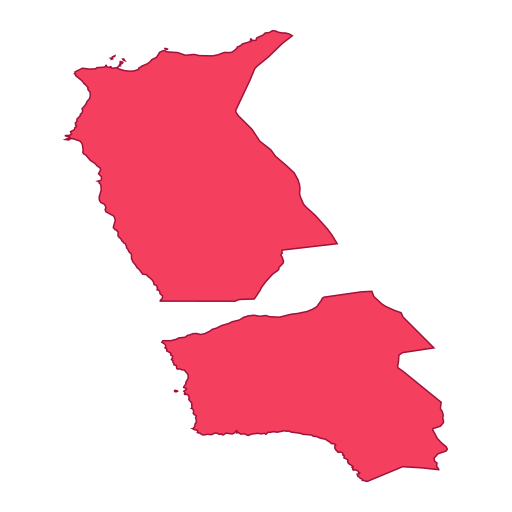 Skagabyggð, Norðurland vestra, Iceland (Natural Earth projection)
{"feature_id": "244011B21592329160761", "entity_name": "Skagabyggð", "entity_type": "district", "adm_level": 2, "iso_a3": "ISL", "parent_name": "Iceland", "parent_adm1": "Norðurland vestra", "projection": "natural_earth1", "projection_center": [-20.226, 65.901], "detail": "fine", "context": "isolated", "style": "filled", "palette": "rose", "viewbox_px": 512, "rotation_deg": 0, "n_neighbors": 0, "source": "geoboundaries", "source_scale": "gbopen_adm2", "svg_char_len": 5955}
<svg xmlns="http://www.w3.org/2000/svg" viewBox="0 0 512 512"><path d="M292.3,35.8L289.7,34.2L285.8,33.0L281.9,32.9L278.2,32.2L275.7,31.0L272.3,30.7L269.5,32.5L265.2,33.0L263.1,35.0L257.7,37.4L256.5,38.1L256.3,39.9L255.5,40.4L252.1,40.4L251.6,39.3L250.8,38.9L250.4,40.1L250.8,41.5L242.4,43.9L240.6,45.7L237.3,47.0L237.2,47.7L235.7,49.5L232.1,52.1L229.4,52.6L224.4,52.4L217.6,54.9L212.4,55.9L199.4,55.6L194.0,54.4L185.6,55.3L177.7,52.6L167.4,51.9L164.6,50.6L162.6,50.9L159.3,52.5L159.3,53.7L158.5,54.2L156.4,57.4L151.8,59.6L149.8,62.1L147.1,63.9L141.3,66.3L141.0,67.2L139.1,67.6L138.6,69.3L134.2,70.9L129.7,71.2L124.4,70.6L119.1,69.0L117.8,68.3L117.9,67.7L117.5,67.5L112.5,68.3L110.5,67.5L111.0,66.8L110.8,66.6L109.4,67.3L107.1,67.0L106.2,65.3L105.8,65.4L105.6,66.4L104.4,67.1L96.9,67.6L95.5,68.8L89.4,69.1L82.5,68.2L75.0,71.9L75.0,73.4L74.5,73.8L75.6,74.3L75.6,75.6L81.2,80.1L83.5,82.5L83.7,83.4L85.5,84.7L88.1,87.8L87.8,88.9L88.0,89.6L90.2,92.5L90.2,96.5L89.3,98.9L87.1,101.4L85.7,104.5L82.0,108.8L82.7,110.8L81.9,112.9L80.3,114.3L80.4,115.5L77.0,119.0L76.8,121.5L75.3,123.1L75.7,123.9L75.5,125.0L76.5,126.0L76.4,126.5L74.7,127.9L74.8,128.5L74.2,129.8L70.5,131.7L71.6,134.1L69.7,135.3L64.8,135.6L67.2,136.5L69.2,136.6L70.1,137.5L65.4,139.5L68.7,140.0L70.5,138.7L73.0,138.7L80.1,141.1L81.5,142.8L82.4,144.7L83.2,150.8L82.7,152.1L83.5,153.8L85.8,155.0L90.3,160.4L94.8,163.3L97.2,166.0L100.1,167.9L100.6,169.9L98.5,173.7L101.4,176.7L101.4,179.5L100.9,180.4L97.7,181.2L99.0,181.7L99.1,182.9L100.6,184.3L101.0,186.4L101.2,190.2L99.2,196.7L99.3,200.1L100.8,202.5L104.1,204.1L105.2,205.5L105.9,207.9L105.1,209.4L105.8,211.7L113.5,215.9L114.2,216.8L115.3,220.2L113.3,227.2L113.5,228.0L115.3,229.9L116.6,230.0L117.1,231.1L118.1,232.0L118.0,235.6L118.4,236.6L121.2,239.2L121.7,240.8L123.1,241.7L123.4,242.6L125.4,243.8L126.6,247.0L126.5,247.8L127.9,249.3L128.9,251.7L131.4,254.2L131.5,258.6L133.0,262.0L135.5,265.0L137.3,268.0L138.6,268.7L142.6,274.1L146.5,274.7L148.2,276.7L149.7,277.6L152.7,280.6L153.6,282.4L154.1,284.6L156.0,285.2L156.9,286.2L157.4,288.5L157.1,289.9L158.9,290.2L159.9,292.2L160.0,293.7L162.6,296.0L162.2,298.5L160.3,300.3L160.3,301.1L235.2,301.2L238.1,299.8L241.4,299.4L254.3,299.0L260.0,290.5L261.5,287.4L266.0,281.4L272.4,274.4L277.9,270.3L278.9,269.1L278.7,267.8L283.2,263.0L283.5,260.6L282.6,259.3L282.6,258.0L281.0,255.2L281.1,254.3L282.3,253.0L281.9,252.0L282.1,250.1L337.2,243.7L332.1,235.3L327.7,229.3L315.2,215.3L306.2,207.2L303.5,204.1L300.0,196.0L299.6,193.4L300.0,188.0L299.5,184.7L298.0,179.8L294.2,172.9L286.5,165.7L275.5,156.3L270.8,149.8L259.8,141.2L251.9,129.2L238.7,116.1L236.5,113.2L235.7,111.4L235.9,110.0L250.1,79.9L254.7,68.8L256.6,66.6L268.6,56.8L282.6,43.2L292.3,35.8ZM361.6,291.8L323.8,297.2L322.2,298.4L321.3,300.4L316.7,306.8L312.0,309.5L307.0,311.5L297.4,313.5L290.8,314.3L279.3,317.2L269.6,316.7L265.8,315.5L259.7,316.3L254.1,315.2L247.3,316.0L246.3,316.7L244.0,317.1L239.4,320.0L232.0,321.8L228.6,323.5L221.7,325.5L216.5,328.1L212.1,329.4L210.1,331.0L204.7,333.7L200.6,334.5L196.6,333.5L193.2,333.6L189.6,335.0L187.5,335.3L185.3,337.2L178.7,337.9L176.2,339.3L170.7,340.7L162.8,340.7L161.8,342.3L164.6,344.0L165.6,345.3L165.6,347.4L165.0,347.9L166.7,348.9L166.8,351.0L170.6,352.9L170.5,353.8L171.0,354.0L170.8,355.1L172.5,356.0L172.7,357.0L171.4,359.6L172.8,360.5L172.9,362.1L173.8,363.3L173.9,364.8L176.3,365.5L176.7,368.5L177.6,369.1L179.9,368.9L182.2,369.9L184.1,369.9L188.0,374.5L188.2,377.6L187.7,379.1L186.0,381.9L185.6,384.3L183.6,387.0L183.7,387.5L186.5,388.5L186.3,389.5L183.8,391.2L185.1,392.8L185.2,393.3L184.4,393.8L184.6,394.4L187.6,394.5L188.7,396.2L189.4,397.7L188.8,398.7L188.8,399.6L191.7,403.0L191.9,407.6L191.2,408.4L192.5,408.8L193.2,409.7L193.6,411.2L193.2,413.4L193.8,413.8L194.0,414.6L195.4,415.0L196.3,416.1L195.5,417.8L196.3,420.1L196.0,423.0L195.0,424.0L195.0,425.4L194.4,427.1L193.8,427.5L193.5,428.5L192.5,428.6L194.4,429.7L197.3,430.2L197.7,431.4L197.3,432.6L200.1,433.2L201.8,434.6L203.9,435.0L207.4,434.3L211.5,434.7L215.1,433.0L217.2,433.3L219.4,434.4L221.5,433.9L222.2,434.8L223.3,434.9L226.2,433.1L232.1,434.0L233.7,433.4L236.8,430.7L237.4,431.7L236.8,432.9L238.6,432.7L240.7,434.1L244.6,433.8L247.3,435.2L248.5,435.4L251.6,434.1L257.7,433.3L261.1,433.9L264.3,433.3L266.0,434.3L268.0,432.2L269.9,432.4L273.3,431.7L277.4,432.2L284.5,430.7L286.1,431.2L289.3,431.1L291.1,432.1L300.0,433.2L303.0,434.3L311.7,435.0L313.4,436.3L316.4,436.5L320.1,438.1L325.2,439.2L330.6,442.6L331.3,443.6L334.7,443.9L335.7,445.2L334.8,445.8L334.9,448.3L335.9,450.0L337.3,451.1L337.4,451.9L338.9,452.4L340.2,451.9L342.4,452.8L343.0,454.1L342.8,455.0L344.3,455.8L343.9,457.8L347.7,459.6L347.7,462.1L348.4,462.7L348.4,463.5L352.9,466.3L352.0,467.2L353.1,467.9L352.6,469.3L353.5,470.2L355.2,469.8L358.1,471.1L358.5,472.3L359.8,472.9L359.5,473.5L357.1,474.2L357.9,476.4L359.1,476.9L360.3,478.4L362.0,479.0L362.5,479.8L362.3,480.4L364.1,480.5L366.0,481.3L367.6,481.3L402.6,466.7L422.3,467.9L438.7,469.7L438.6,468.9L436.6,466.4L437.0,463.0L434.6,461.2L434.1,458.2L438.0,453.8L445.3,451.3L446.3,450.8L447.2,449.4L447.2,448.7L446.2,446.8L441.0,442.4L437.4,438.5L432.8,430.0L432.7,429.1L433.2,428.5L440.3,426.3L443.4,422.7L443.5,421.1L442.7,417.7L443.2,415.9L443.0,414.1L442.1,411.2L440.7,409.3L440.4,408.2L441.2,402.3L403.0,371.3L397.9,367.7L397.6,366.6L398.5,361.5L398.9,355.1L402.7,352.6L433.9,347.9L402.9,316.9L401.1,312.7L395.0,310.6L386.0,306.6L382.0,304.1L373.8,296.5L371.9,291.3L361.6,291.8ZM120.0,65.0L122.9,62.6L122.9,62.2L120.3,61.5L120.0,62.7L120.3,63.5L119.6,64.6L120.0,65.0ZM176.0,391.9L176.4,391.5L178.2,391.3L175.7,390.3L174.6,390.5L174.6,391.5L176.0,391.9ZM165.7,49.3L168.2,49.2L164.4,48.2L165.7,49.3ZM111.8,57.2L114.7,56.5L114.9,55.7L111.8,57.2ZM124.8,60.6L123.8,59.0L122.6,59.0L123.0,59.8L124.8,60.6ZM111.3,59.3L112.6,58.9L112.1,58.6L112.3,57.9L110.7,58.2L111.4,58.6L111.3,59.3ZM118.6,66.2L119.2,66.1L120.0,65.9L119.3,65.5L118.6,66.2Z" fill="#f43f5e" stroke="#9f1239" stroke-width="1.5"/></svg>